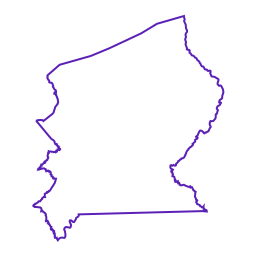 Nyimba, Eastern, Zambia, rotated 179°
{"feature_id": "96606910B94036775861358", "entity_name": "Nyimba", "entity_type": "district", "adm_level": 2, "iso_a3": "ZMB", "parent_name": "Zambia", "parent_adm1": "Eastern", "projection": "robinson", "projection_center": [30.526, -14.393], "detail": "fine", "context": "isolated", "style": "outline", "palette": "violet", "viewbox_px": 256, "rotation_deg": 179, "n_neighbors": 0, "source": "geoboundaries", "source_scale": "gbopen_adm2", "svg_char_len": 5637}
<svg xmlns="http://www.w3.org/2000/svg" viewBox="0 0 256 256"><g transform="rotate(179 128 128)"><path d="M70.1,239.0L97.2,231.7L113.0,222.5L145.4,208.0L163.9,200.7L195.3,192.4L207.6,182.0L207.7,181.6L207.4,180.7L207.5,180.0L207.8,179.5L206.9,177.6L206.1,177.0L205.9,176.4L206.0,175.2L205.5,174.8L203.5,174.5L202.8,173.6L202.0,171.2L202.4,170.5L201.6,169.5L201.5,168.8L200.5,167.6L199.7,167.2L199.7,166.6L199.2,165.9L199.3,165.2L199.6,165.2L200.1,164.5L200.8,164.8L200.9,164.6L201.1,163.5L199.3,163.1L199.4,161.8L198.6,160.9L198.5,159.6L197.8,158.5L197.4,154.7L198.0,153.7L197.9,153.3L200.3,150.4L202.2,144.7L203.2,143.5L212.5,136.4L213.2,137.3L215.3,137.6L218.7,137.3L219.3,136.4L205.0,118.6L202.4,116.8L201.7,115.7L201.6,114.7L200.8,113.0L199.6,113.3L199.1,112.0L199.2,111.6L198.7,111.1L198.1,111.0L198.1,110.4L197.6,110.6L197.4,110.3L197.5,109.0L196.4,108.5L196.2,108.0L196.9,107.1L199.0,107.6L199.4,106.0L200.2,106.3L200.5,105.0L200.9,104.9L201.4,105.5L202.8,105.1L203.6,105.6L205.2,105.6L206.1,106.0L207.3,105.7L207.7,106.0L207.8,105.2L208.1,105.0L207.7,104.4L208.1,104.2L208.4,103.6L208.9,101.5L208.6,100.0L208.3,100.0L208.3,99.3L208.7,99.0L209.2,97.5L209.5,97.2L209.9,97.3L210.3,97.1L211.1,96.0L211.6,96.0L211.6,95.7L211.3,95.6L211.4,94.8L211.9,94.6L212.0,94.9L212.4,95.2L213.5,93.6L214.3,93.3L214.5,93.0L215.3,92.9L215.2,92.3L215.4,92.4L216.0,91.5L216.1,90.6L216.5,90.6L217.2,89.6L218.3,89.0L218.5,88.5L218.7,87.9L217.7,88.0L214.8,88.9L212.6,89.1L211.2,88.3L211.3,88.1L210.7,87.4L210.9,87.1L210.5,86.2L209.8,86.6L209.0,86.4L208.6,86.8L208.3,86.7L208.1,86.3L207.8,86.3L207.6,85.7L206.9,86.0L206.3,85.5L206.4,85.0L205.9,84.4L206.3,83.1L205.5,82.6L205.7,82.4L205.3,81.8L205.3,81.0L204.1,80.7L203.9,79.3L203.4,79.5L203.0,78.6L202.8,78.6L202.4,78.9L201.5,78.5L200.9,78.5L202.1,74.5L207.3,66.6L208.1,66.5L208.2,66.0L208.9,65.4L209.0,65.4L209.1,65.7L210.1,65.4L210.2,64.5L211.6,64.1L212.4,63.5L212.4,61.0L212.2,60.4L212.6,60.4L212.8,60.8L213.9,60.3L215.2,59.1L215.1,58.5L216.4,57.4L217.0,56.3L218.7,56.2L219.0,55.5L221.8,53.7L222.0,53.8L222.2,53.4L222.6,53.4L222.7,53.1L223.0,53.1L224.0,52.3L223.9,51.5L223.1,51.2L222.8,50.7L219.7,50.5L218.1,50.1L217.5,50.3L216.3,49.5L215.8,47.6L216.2,46.3L215.0,46.6L214.8,46.0L213.5,45.3L213.1,44.7L212.6,44.5L211.8,43.6L211.8,43.1L211.6,42.7L211.9,42.0L211.4,41.2L211.2,39.7L211.4,36.8L211.7,36.6L211.7,36.3L211.0,36.5L210.5,36.2L210.0,36.5L209.6,36.1L209.3,34.8L209.6,34.4L208.9,34.2L209.0,33.2L208.3,33.0L207.7,32.2L207.7,31.7L207.4,31.2L206.3,30.4L206.8,29.7L206.7,29.2L207.0,28.7L206.9,28.2L206.2,28.3L206.1,27.5L205.4,27.4L205.4,27.8L205.2,27.9L204.7,27.0L203.9,26.5L204.3,26.0L203.7,25.7L203.5,25.0L203.7,24.6L204.0,24.8L204.2,24.7L204.1,24.0L203.5,23.9L203.0,23.5L203.3,22.3L202.9,21.6L203.2,20.7L202.9,19.6L202.4,19.8L201.7,19.4L201.2,19.5L201.2,18.8L200.8,18.5L200.6,17.7L200.1,17.0L198.8,18.6L197.5,19.4L195.8,19.6L193.7,19.2L193.1,19.6L192.5,20.7L192.4,22.5L192.8,25.7L193.5,27.3L193.5,28.2L193.1,29.0L192.4,29.8L191.4,30.1L187.9,29.3L187.2,29.7L186.6,32.0L188.0,35.5L187.7,36.6L186.3,36.6L184.6,35.0L183.6,34.9L182.0,37.2L181.3,39.1L179.2,40.4L178.8,41.3L178.9,42.5L55.1,43.6L50.7,43.1L50.8,44.2L51.6,44.8L52.6,45.1L53.4,46.1L53.7,45.8L53.8,47.3L54.1,47.6L54.0,48.1L54.6,47.4L55.3,47.3L56.2,48.2L57.2,48.5L57.4,49.4L57.9,49.8L60.1,50.7L60.1,51.2L61.1,52.4L61.1,52.9L60.9,53.3L60.4,53.7L60.0,54.4L60.2,54.7L61.1,55.0L61.5,56.8L62.0,57.4L62.3,58.9L61.9,60.3L62.0,61.1L61.5,63.0L62.5,63.5L62.6,64.1L63.7,64.6L64.9,67.5L66.5,67.3L66.6,67.6L66.4,68.3L66.7,68.7L68.0,68.0L68.6,68.1L71.7,69.4L73.1,70.3L75.8,69.7L76.4,70.1L76.9,70.0L77.2,70.5L77.6,70.6L77.7,71.3L77.5,71.6L77.7,72.2L78.4,72.4L78.8,73.4L79.2,72.7L79.7,73.9L80.8,73.9L81.1,73.3L81.7,73.4L81.6,74.2L81.9,74.3L82.1,74.8L81.6,75.2L81.6,75.8L82.2,76.2L82.3,77.3L82.6,77.8L82.6,78.3L83.5,78.9L84.4,79.0L84.2,80.3L83.8,80.8L84.4,81.6L84.2,82.0L84.5,83.0L85.2,83.2L85.6,83.6L85.4,84.2L84.7,84.2L83.8,85.6L85.5,86.4L86.0,86.9L86.3,87.7L86.3,89.4L86.1,89.9L85.4,90.1L84.1,89.5L83.1,90.3L81.8,89.5L81.0,89.6L80.7,90.0L80.5,91.4L79.0,92.6L78.4,94.0L77.7,94.1L76.5,95.5L75.4,95.9L75.1,96.6L73.7,96.8L72.4,97.6L71.9,98.7L71.2,99.4L71.2,100.4L70.4,101.4L70.2,102.6L68.9,104.7L68.0,105.3L67.8,106.3L67.0,106.8L66.1,107.8L64.9,108.3L64.5,109.1L63.7,109.5L63.3,110.3L63.7,111.0L61.1,113.2L61.0,113.9L61.2,114.8L60.6,115.4L58.8,116.3L58.6,117.0L58.8,117.6L59.6,117.4L60.1,118.1L58.5,119.5L57.0,122.8L56.2,124.0L55.3,124.2L54.0,123.6L52.9,122.7L52.4,121.7L51.8,121.3L50.8,122.0L50.3,122.0L50.2,122.3L49.4,122.4L48.8,123.0L47.7,123.3L46.1,126.6L45.3,127.6L45.3,128.2L46.1,129.5L46.3,130.6L46.1,132.0L45.6,133.3L45.4,133.5L44.1,133.3L42.5,133.6L40.4,136.0L40.0,138.4L40.1,139.8L39.8,140.3L38.9,140.7L38.3,143.0L37.8,144.0L38.1,144.8L38.9,145.6L38.9,146.4L38.1,148.1L35.7,149.5L35.3,150.4L34.7,151.1L34.7,151.7L35.0,151.9L36.2,151.8L36.4,152.2L36.4,152.7L35.8,154.3L33.4,156.0L33.2,158.4L32.0,161.9L32.3,164.8L34.1,168.5L35.0,168.9L36.1,168.6L37.6,170.1L37.6,171.6L36.7,174.1L36.6,174.7L37.0,175.4L40.6,177.6L43.6,178.2L44.9,181.4L44.4,182.6L44.6,183.7L45.2,184.0L46.9,183.6L47.6,184.0L47.9,184.8L48.3,185.0L50.1,185.3L51.6,188.1L53.0,188.4L53.5,189.0L54.1,189.9L54.4,191.1L55.2,191.8L55.5,193.1L57.7,195.0L58.4,196.7L59.7,197.2L60.5,198.4L61.4,199.1L63.0,199.6L64.2,201.6L65.1,202.1L65.2,203.4L64.9,204.2L65.2,204.7L65.7,205.1L66.5,205.1L67.8,205.6L67.6,206.7L68.9,210.3L68.9,211.7L68.5,212.2L68.4,212.6L69.3,215.4L68.8,217.2L68.5,217.6L68.5,218.6L68.9,220.0L68.5,221.5L67.3,223.2L67.2,223.8L67.3,224.6L68.1,226.3L68.3,227.5L68.5,230.4L69.9,233.5L70.0,234.4L69.4,235.6L70.0,237.6L70.1,239.0Z" fill="none" stroke="#5b21b6" stroke-width="2"/></g></svg>